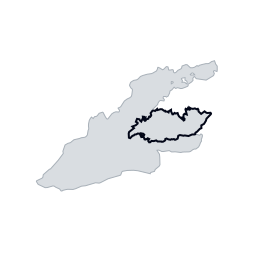 Kyrgyzstan, with Jalal-Abad highlighted, rotated 164°
{"feature_id": "KGZ-1120", "entity_name": "Jalal-Abad", "entity_type": "Region", "adm_level": 1, "iso_a3": "KGZ", "parent_name": "Kyrgyzstan", "parent_adm1": "", "projection": "albers", "projection_center": [73.017, 41.512], "detail": "medium", "context": "in_parent", "style": "outline", "palette": "ink", "viewbox_px": 256, "rotation_deg": 164, "n_neighbors": 0, "source": "natural_earth", "source_scale": "10m", "svg_char_len": 5290}
<svg xmlns="http://www.w3.org/2000/svg" viewBox="0 0 256 256"><g transform="rotate(164 128 128)"><path d="M58.5,152.1L59.1,151.7L61.1,151.4L65.1,151.1L66.5,151.4L69.2,153.1L71.2,152.9L71.6,153.2L72.4,154.5L75.3,152.6L77.4,152.0L78.5,150.0L80.8,147.5L82.7,147.2L82.8,147.6L83.1,147.9L85.1,148.5L85.7,147.9L86.0,147.0L85.3,145.6L85.3,145.0L86.0,144.1L89.1,145.5L89.8,145.5L91.2,144.7L92.5,143.4L93.0,142.4L99.4,139.0L99.8,138.4L99.7,137.9L97.1,137.2L95.9,137.6L94.7,137.6L94.1,137.1L90.8,136.9L90.1,136.5L88.0,134.1L85.3,132.6L84.0,132.6L82.5,133.3L82.0,133.0L81.9,130.7L81.6,129.3L80.7,129.0L79.5,129.5L76.3,128.7L75.9,125.8L74.7,123.2L73.1,122.2L73.0,120.7L72.4,120.0L71.9,120.2L71.2,121.0L71.5,122.6L71.3,124.3L70.9,125.2L70.1,125.8L69.3,125.8L67.8,124.9L67.5,130.0L67.2,130.3L65.4,129.6L64.0,129.9L61.9,129.5L60.3,128.6L57.3,127.6L55.8,126.6L55.0,123.2L54.2,121.9L53.4,121.6L50.1,122.7L46.8,120.5L45.2,120.0L44.8,119.4L44.9,118.6L50.1,115.0L52.1,112.4L53.4,111.3L56.6,110.2L57.4,107.8L57.7,107.6L61.0,106.5L64.6,104.4L64.7,103.9L64.4,103.3L61.1,101.3L59.5,102.2L58.5,101.0L58.6,99.9L59.7,98.0L60.6,97.0L61.0,95.1L62.4,93.9L63.8,91.9L65.4,90.3L68.5,89.1L70.1,89.5L71.7,89.3L74.2,88.3L75.7,88.2L82.0,89.8L84.0,89.9L88.9,92.0L92.7,93.0L94.6,94.9L100.8,95.7L102.4,96.3L103.1,97.2L104.8,98.4L106.3,98.6L105.0,94.1L105.5,91.3L107.4,83.9L108.4,82.8L113.3,80.6L114.5,79.0L118.0,79.0L118.8,78.7L119.2,77.9L130.3,84.2L134.5,85.9L140.4,87.4L145.3,87.9L146.1,87.4L148.0,84.8L148.9,84.7L161.1,84.7L169.8,83.0L171.0,83.0L174.3,84.3L184.7,84.2L188.7,84.9L195.1,84.1L197.8,84.1L202.8,85.7L204.6,85.9L207.8,86.0L208.9,85.6L209.7,86.0L210.5,88.2L213.8,91.0L215.0,92.5L216.2,93.0L221.9,93.0L224.1,93.5L229.9,98.6L230.8,101.8L230.3,102.5L224.7,103.4L223.5,104.0L222.3,106.5L214.9,110.0L213.8,110.0L204.0,116.2L197.2,121.4L197.0,123.6L193.2,129.0L190.1,129.8L187.4,129.8L183.2,131.6L177.6,131.3L175.6,131.5L172.0,131.0L170.5,131.4L169.0,132.5L167.0,136.7L166.1,137.7L165.8,138.7L165.5,140.7L164.8,142.8L163.1,146.0L161.5,147.6L160.1,148.6L158.9,146.7L157.0,148.1L155.2,147.9L154.1,148.3L151.7,150.1L148.0,150.2L147.6,149.6L146.7,145.0L146.0,142.8L145.4,142.3L144.8,142.3L139.6,146.1L137.2,146.8L135.2,146.9L132.5,145.9L131.9,146.2L131.5,146.8L131.3,147.5L132.1,149.6L131.9,150.0L130.7,150.0L129.1,150.5L124.1,154.9L120.9,156.1L117.9,156.6L116.1,157.4L115.1,159.0L113.2,163.4L113.3,164.3L114.1,165.5L114.8,168.2L114.6,168.9L113.0,171.1L111.0,171.8L109.4,172.2L106.3,171.9L104.7,172.4L101.8,174.1L99.3,174.4L94.8,174.4L90.3,173.8L88.9,174.0L84.9,175.0L83.5,176.5L82.8,177.9L82.4,178.1L80.8,176.8L78.8,174.5L77.8,174.5L74.3,176.4L73.7,176.3L72.7,175.6L72.9,172.7L71.8,172.1L69.3,171.9L68.5,171.2L68.8,169.4L68.6,168.7L67.9,168.1L66.7,168.2L64.1,169.7L61.1,170.2L60.1,170.7L58.9,172.7L55.0,173.0L53.7,172.5L51.4,168.7L49.4,168.1L47.3,168.1L44.4,169.0L43.8,168.2L43.0,168.0L42.4,168.6L38.9,168.6L35.4,168.4L33.4,167.8L32.1,167.8L29.4,168.8L26.3,168.8L26.1,165.3L25.2,162.9L26.3,159.0L26.9,157.8L29.2,159.4L30.1,159.1L30.3,158.4L30.0,156.6L31.3,154.8L39.7,152.5L48.8,156.6L49.9,159.1L50.7,159.0L52.0,157.9L52.4,155.8L54.3,154.7L58.3,153.4L58.5,152.1ZM63.0,160.8L63.2,160.5L62.6,158.7L63.5,157.0L61.7,156.7L60.7,156.1L59.7,154.4L59.4,154.3L58.8,154.8L58.5,155.9L58.7,157.1L60.0,158.3L59.3,160.7L62.1,161.0L63.0,160.8ZM53.4,162.3L53.3,161.8L52.7,161.5L49.2,160.7L49.3,161.2L50.6,163.1L51.6,163.2L53.4,162.3ZM74.0,159.6L74.2,158.5L72.1,159.1L71.9,159.7L72.6,160.4L73.5,160.7L74.0,159.6Z" fill="#d9dde1" stroke="#a8b0b8" stroke-width="1"/><path d="M59.2,107.4L62.6,105.4L64.1,105.0L64.8,104.5L65.0,103.6L65.5,103.4L68.2,104.1L72.0,103.6L75.5,105.2L76.8,105.3L80.0,106.9L81.8,106.7L83.2,104.1L85.3,103.7L86.1,103.7L86.9,104.7L88.4,104.8L89.4,105.3L90.4,105.0L92.4,106.0L93.9,107.3L95.2,107.1L95.5,106.1L96.3,105.6L98.0,105.2L99.3,105.4L99.6,105.8L103.3,106.9L104.3,108.3L106.9,108.3L109.0,109.1L110.5,108.2L111.6,108.4L112.1,109.8L111.3,111.1L110.7,111.6L111.9,112.7L112.5,112.4L112.6,111.8L113.7,112.4L114.4,112.1L115.2,112.5L115.4,115.1L117.7,115.6L118.2,118.6L117.0,118.3L116.8,117.0L116.2,116.4L114.9,116.3L114.2,117.0L114.8,118.2L117.3,119.5L118.6,119.3L120.0,120.0L122.0,119.6L123.4,119.9L124.6,119.2L125.8,119.3L128.7,117.6L129.8,118.4L128.8,122.6L128.0,123.9L122.3,126.2L123.4,128.2L119.8,128.5L117.5,129.6L117.3,130.5L118.7,131.8L116.8,134.3L114.6,133.2L114.4,131.9L113.5,130.5L110.8,133.6L110.6,134.8L109.2,134.2L109.0,133.6L108.3,133.4L110.3,131.2L109.7,130.2L108.9,130.4L108.8,131.4L105.9,131.3L104.6,133.1L104.2,133.2L103.6,132.6L102.5,133.4L102.1,134.0L102.2,136.0L99.8,137.8L98.3,137.7L97.3,136.9L94.8,138.2L94.8,137.1L91.6,137.1L90.1,136.6L88.7,134.7L87.6,134.4L87.5,133.4L85.9,133.1L84.7,131.8L83.9,133.0L81.6,133.6L82.0,132.1L81.5,128.9L80.6,128.7L79.2,129.7L78.1,128.7L76.2,128.7L76.1,126.6L75.7,125.0L73.9,122.3L73.4,122.9L73.0,122.4L72.5,122.9L72.9,121.2L72.5,119.9L71.7,120.0L71.1,121.2L71.9,122.8L70.9,125.4L69.7,126.1L67.8,124.8L67.6,130.2L67.2,130.6L65.9,129.5L65.0,130.5L64.4,129.0L63.7,128.6L63.3,128.8L63.2,130.6L62.1,129.4L60.3,128.5L58.3,128.4L56.7,127.0L55.6,127.2L55.3,126.4L55.6,124.4L53.8,121.4L49.8,122.9L48.8,121.4L47.8,120.6L44.5,119.9L44.2,119.1L44.6,118.4L50.0,115.3L51.1,113.5L53.8,111.0L56.8,110.3L57.5,107.6L59.2,107.4Z" fill="none" stroke="#020617" stroke-width="2"/></g></svg>